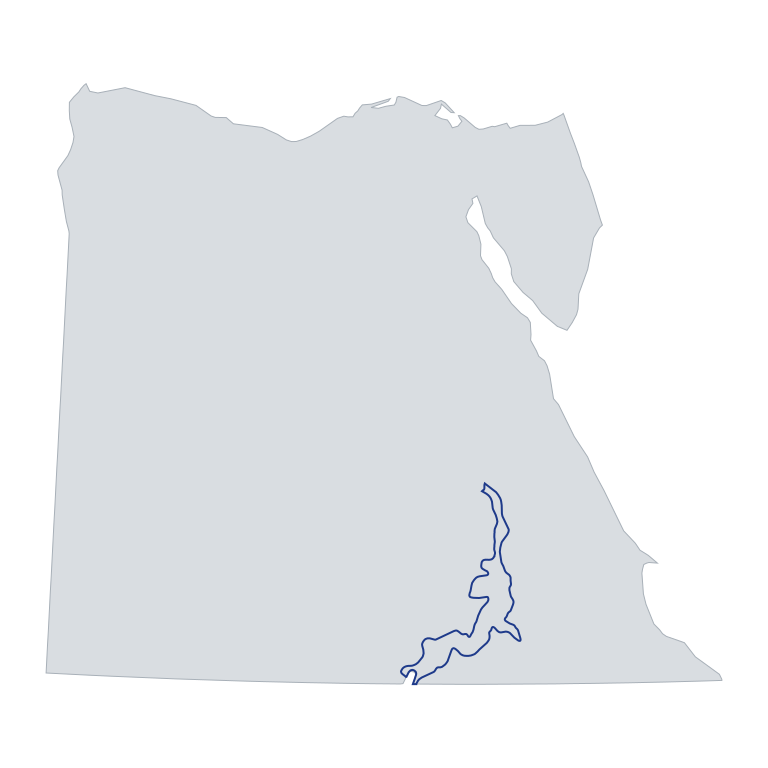 location of Aswan within Egypt
{"feature_id": "EGY-1548", "entity_name": "Aswan", "entity_type": "Governorate", "adm_level": 1, "iso_a3": "EGY", "parent_name": "Egypt", "parent_adm1": "", "projection": "albers", "projection_center": [32.505, 23.633], "detail": "fine", "context": "in_parent", "style": "outline", "palette": "blue", "viewbox_px": 768, "rotation_deg": 0, "n_neighbors": 0, "source": "natural_earth", "source_scale": "10m", "svg_char_len": 7293}
<svg xmlns="http://www.w3.org/2000/svg" viewBox="0 0 768 768"><path d="M721.9,680.4L703.3,681.0L684.6,681.5L666.0,682.0L647.3,682.4L628.7,682.8L610.0,683.1L591.4,683.4L572.7,683.6L554.1,683.9L535.4,684.0L516.8,684.1L498.1,684.2L479.5,684.3L460.8,684.3L442.1,684.2L423.5,684.1L412.8,684.0L414.7,678.6L415.8,674.8L414.6,672.1L411.0,671.4L408.6,672.2L403.0,683.6L400.0,684.0L393.4,683.9L371.7,683.7L350.0,683.4L328.3,683.0L306.5,682.6L284.8,682.1L263.1,681.6L241.4,681.0L219.7,680.3L198.0,679.6L176.3,678.9L154.6,678.0L132.9,677.1L111.2,676.2L89.5,675.2L67.8,674.1L46.1,673.0L46.8,659.3L47.5,645.5L48.3,631.8L49.0,618.0L49.7,604.3L50.4,590.5L51.2,576.8L51.9,563.0L52.6,549.3L53.3,535.5L54.0,521.8L54.8,508.0L55.5,494.3L56.2,480.5L56.9,466.8L57.7,453.1L58.4,439.3L59.1,425.6L59.8,411.8L60.6,398.1L61.3,384.4L62.0,370.6L62.7,356.9L63.5,343.2L64.2,329.5L64.9,315.8L65.6,302.0L66.3,288.3L67.1,274.6L67.8,260.9L68.5,247.3L69.2,233.6L68.9,231.0L66.4,221.5L64.4,209.6L62.2,194.9L62.1,190.2L58.0,175.0L57.7,170.7L59.1,167.8L67.9,155.6L70.6,149.7L73.0,142.5L74.0,136.5L72.1,127.3L69.8,119.0L69.3,110.6L69.4,102.3L73.8,96.9L78.9,91.9L80.9,88.8L84.0,85.3L86.1,83.7L89.7,91.3L97.9,93.0L125.1,87.7L154.6,95.6L170.9,98.8L196.0,105.4L211.1,116.0L215.2,117.4L226.3,117.6L233.4,123.8L262.3,127.5L277.6,134.4L286.3,139.9L291.5,141.6L296.2,141.5L302.5,139.6L310.6,136.1L319.3,131.2L337.5,118.4L343.8,116.2L348.0,116.9L353.0,116.8L355.1,113.3L357.8,110.9L359.5,108.2L362.3,104.9L371.6,104.1L390.3,98.6L388.2,101.3L371.1,107.5L378.4,108.3L385.8,106.3L394.3,105.0L395.9,102.3L397.1,97.2L398.7,96.5L404.5,97.5L421.9,105.5L426.3,105.6L438.6,101.4L441.2,100.5L445.2,102.9L454.2,112.7L451.0,112.5L441.4,104.1L440.5,108.3L434.9,115.6L441.8,118.8L447.4,120.0L450.4,124.2L452.3,127.8L457.9,126.2L461.9,121.3L459.8,118.5L458.4,115.6L460.3,115.6L464.1,117.9L475.2,127.4L478.9,129.3L483.2,129.0L492.2,126.3L494.7,126.7L506.8,123.2L508.2,125.7L510.2,128.3L519.9,125.4L535.2,125.3L547.7,122.1L562.1,114.5L563.2,113.4L564.0,115.2L565.8,120.3L570.4,133.2L574.3,143.3L579.3,157.3L580.8,162.7L581.5,166.4L588.6,181.8L592.9,194.5L596.0,204.8L600.5,219.9L602.4,225.1L599.5,227.9L593.6,237.9L587.7,269.3L578.8,293.8L578.0,309.2L576.5,314.7L572.2,322.6L567.0,330.3L557.4,326.4L541.8,313.2L532.7,300.6L523.0,292.4L513.8,281.6L511.3,273.8L511.4,268.8L507.4,256.6L504.4,250.8L493.4,237.8L490.2,230.9L487.7,227.8L485.3,223.5L481.3,206.6L477.0,195.9L472.0,198.9L472.9,203.4L468.5,209.6L465.9,216.8L467.9,222.7L476.9,231.7L478.8,235.7L480.9,244.2L480.5,255.8L482.0,259.7L488.8,268.3L491.2,273.4L492.7,277.8L495.0,281.8L501.7,289.3L511.5,303.6L520.8,313.2L527.5,317.8L530.3,322.4L531.0,334.5L530.6,340.2L536.5,351.0L538.8,356.4L544.5,360.8L547.1,365.9L549.6,374.2L553.5,398.7L558.5,404.6L574.3,436.7L587.6,456.9L594.1,472.1L604.0,490.5L623.7,530.9L635.3,543.2L640.0,550.2L648.3,555.4L657.4,563.1L648.9,562.5L646.7,563.1L643.8,564.5L642.5,569.3L641.9,573.2L643.4,593.8L646.0,604.3L653.9,624.0L659.7,629.9L662.5,633.7L666.4,636.4L684.4,642.7L695.3,656.8L719.4,674.3L721.8,679.3L721.9,680.4Z" fill="#d9dde1" stroke="#a8b0b8" stroke-width="1"/><path d="M416.3,684.1L412.9,684.1L414.8,678.7L416.1,674.7L416.2,673.2L415.7,671.8L414.4,670.6L413.4,670.1L412.3,669.9L411.2,670.1L410.2,670.6L408.7,672.2L406.1,677.5L406.1,677.4L405.6,676.6L405.0,676.0L402.5,674.1L401.9,673.5L401.4,672.9L401.2,672.3L401.0,671.6L401.2,670.8L401.7,669.9L402.5,668.6L403.3,667.8L404.1,667.2L405.5,666.5L406.9,666.1L408.3,665.9L411.2,665.8L412.5,665.6L413.9,665.1L415.3,664.5L416.2,664.0L418.2,662.4L422.3,657.3L422.8,656.4L423.1,655.4L423.6,653.5L423.6,653.1L423.3,649.7L422.3,646.1L422.1,644.8L422.1,644.1L422.4,643.2L422.8,642.2L423.8,640.7L424.6,639.8L425.4,639.1L426.2,638.8L427.0,638.5L427.7,638.3L428.4,638.3L429.7,638.3L434.5,639.6L435.1,639.7L435.8,639.6L453.8,631.1L455.4,630.6L456.1,630.5L456.8,630.6L457.5,630.9L458.7,631.7L461.3,633.8L462.0,634.1L462.7,634.3L463.5,634.3L465.0,634.0L465.7,634.0L466.4,634.1L466.9,634.5L467.4,635.0L468.1,636.2L468.6,636.7L469.2,636.9L469.8,636.7L470.3,636.0L471.5,633.7L471.9,633.1L472.4,632.5L472.9,631.3L473.5,629.6L474.2,626.2L474.7,624.5L475.3,623.3L475.8,622.6L476.0,622.3L476.5,621.2L478.2,615.6L481.0,609.5L482.4,607.5L487.3,602.2L487.8,601.3L488.2,600.5L488.4,599.4L488.3,598.4L487.9,597.3L487.4,597.0L486.7,596.9L479.1,598.0L473.5,597.8L471.2,597.4L470.5,597.1L469.9,596.8L469.5,596.1L469.3,595.2L469.6,593.7L469.8,592.8L470.3,591.7L470.7,590.1L471.5,585.5L472.2,582.8L472.6,582.2L473.9,580.2L475.0,578.9L476.2,577.7L476.9,577.3L477.5,576.9L478.2,576.7L479.6,576.3L486.5,575.3L487.2,575.1L487.8,574.7L488.2,574.0L488.2,573.2L487.7,572.1L487.2,571.4L486.5,571.0L485.2,570.4L482.7,568.9L482.1,568.4L481.6,567.8L481.3,566.9L481.2,565.9L481.4,564.1L481.7,562.2L482.1,561.5L482.3,561.2L482.6,560.9L483.1,560.4L483.6,560.1L484.3,559.9L485.6,559.7L489.2,559.8L490.6,559.6L491.3,559.4L492.0,559.1L492.6,558.6L493.2,558.1L493.6,557.4L493.8,557.0L494.4,556.5L494.4,555.8L495.0,553.6L495.0,552.5L494.3,549.9L494.2,549.2L494.3,547.2L494.4,546.5L494.4,545.1L494.8,542.0L494.8,541.3L494.3,537.0L494.4,533.6L494.6,532.3L494.6,531.5L494.5,531.3L494.8,528.9L496.9,523.9L497.4,521.6L497.2,520.7L497.2,520.4L496.7,518.1L495.7,514.9L493.3,509.9L492.9,508.8L492.7,508.0L492.0,501.7L491.2,499.4L490.6,498.1L489.6,496.6L488.4,495.3L486.5,493.8L482.0,491.2L482.9,490.3L483.4,490.1L483.9,489.7L484.2,489.1L484.4,488.2L484.4,485.0L484.8,483.5L496.1,492.2L498.1,494.8L500.1,498.1L500.8,499.9L501.2,501.7L501.7,505.3L501.9,513.5L502.3,515.7L502.6,516.6L508.6,529.2L508.7,529.7L508.7,530.8L508.3,532.4L508.0,532.9L507.4,534.3L506.5,535.6L502.0,541.7L501.5,542.8L500.3,547.6L499.8,551.8L501.4,562.3L502.0,563.7L503.3,566.1L504.8,570.3L505.3,571.4L506.2,572.6L507.3,573.5L508.4,574.3L509.1,574.8L509.7,575.6L510.4,576.9L510.6,577.8L510.6,578.6L510.6,579.5L510.6,580.7L511.0,583.9L510.9,585.0L510.6,585.6L509.5,587.5L509.4,588.5L509.4,590.1L510.7,595.8L511.0,596.7L512.6,599.2L513.3,600.6L513.5,601.6L513.5,602.4L513.4,603.1L513.0,604.6L511.0,609.8L510.7,610.5L510.4,611.0L508.6,612.4L508.1,613.0L507.7,613.7L506.9,615.8L506.6,616.5L506.2,617.1L505.1,618.3L504.8,619.2L504.9,619.9L505.3,620.6L505.9,621.1L509.8,623.5L513.1,624.7L513.8,625.1L514.4,625.5L514.8,626.1L515.6,627.5L516.1,628.1L517.2,629.1L517.6,629.7L518.0,630.3L520.4,638.3L520.6,639.9L520.3,640.6L519.9,640.9L519.3,640.9L518.7,640.7L518.1,640.4L514.4,637.7L509.9,633.0L508.5,632.2L507.2,631.8L505.8,631.6L501.2,632.4L500.6,632.4L500.0,632.3L499.4,632.2L498.8,631.9L497.4,630.9L495.0,628.2L494.3,627.6L493.7,627.2L493.1,627.0L492.5,627.1L492.0,627.6L491.7,628.2L491.2,630.0L490.8,630.6L489.7,631.7L489.2,632.5L489.2,633.3L489.6,636.0L489.5,637.8L489.3,638.8L489.0,639.7L488.2,641.0L486.8,642.9L479.4,649.5L477.6,651.5L475.5,653.4L474.6,654.1L473.4,654.6L470.9,655.5L468.2,655.9L465.0,655.8L464.3,655.7L462.8,655.3L461.4,654.6L460.8,654.2L460.3,653.8L458.0,651.1L455.4,648.9L454.8,648.6L454.1,648.3L453.5,648.2L452.9,648.4L452.3,648.8L451.9,649.4L451.3,650.8L447.6,661.2L446.6,662.7L445.6,664.0L444.8,664.8L442.5,666.5L441.9,666.9L441.2,667.1L440.5,667.3L438.6,667.3L437.9,667.4L437.1,667.7L436.5,668.3L436.0,668.9L435.2,670.3L434.3,671.5L433.6,672.0L421.8,677.5L420.6,678.3L419.3,679.2L418.0,680.7L416.3,683.8L416.3,684.1L416.3,684.1Z" fill="none" stroke="#1e3a8a" stroke-width="2"/></svg>